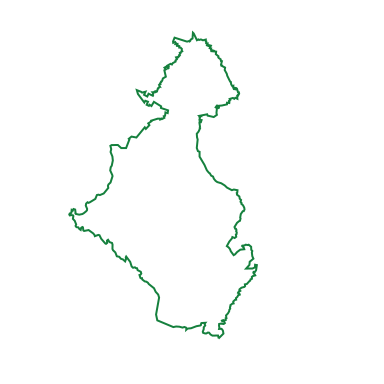 Ixhuatlán del Café, Veracruz, Mexico, rotated 229°
{"feature_id": "50627088B43225936965135", "entity_name": "Ixhuatlán del Café", "entity_type": "district", "adm_level": 2, "iso_a3": "MEX", "parent_name": "Mexico", "parent_adm1": "Veracruz", "projection": "orthographic", "projection_center": [-96.933, 19.027], "detail": "fine", "context": "isolated", "style": "outline", "palette": "green", "viewbox_px": 384, "rotation_deg": 229, "n_neighbors": 0, "source": "geoboundaries", "source_scale": "gbopen_adm2", "svg_char_len": 5982}
<svg xmlns="http://www.w3.org/2000/svg" viewBox="0 0 384 384"><g transform="rotate(229 192 192)"><path d="M311.6,297.2L307.5,293.1L307.9,291.0L307.2,289.8L307.2,289.0L307.8,289.0L308.6,287.2L309.1,286.7L319.9,280.1L318.0,276.4L316.9,275.7L316.2,277.7L314.8,277.4L314.6,276.9L314.3,277.5L313.8,277.2L313.2,278.2L312.3,277.5L312.7,276.9L312.2,276.5L310.5,278.1L309.4,277.1L308.5,278.1L306.6,278.2L305.8,277.2L304.6,277.0L305.0,274.2L304.2,274.2L303.8,272.1L303.1,272.3L302.7,269.7L303.0,268.9L303.6,269.2L304.1,268.3L302.1,267.7L302.1,265.8L301.2,265.2L301.9,261.9L301.4,260.5L302.8,259.9L303.5,256.6L302.0,256.7L301.9,256.3L300.9,255.7L301.0,254.9L303.5,254.9L303.9,252.8L301.7,252.7L302.0,251.0L296.2,247.9L296.8,244.5L295.6,242.6L295.2,241.0L295.5,240.9L294.7,238.7L294.2,238.8L294.4,237.4L292.6,236.9L292.9,236.7L292.2,234.6L292.6,234.2L290.8,231.5L291.2,230.2L292.0,230.5L292.4,229.7L292.2,228.9L293.2,227.6L291.7,227.5L291.2,225.9L290.5,226.0L290.3,225.6L294.7,223.7L293.4,220.9L296.8,219.6L298.2,222.7L299.8,219.5L300.8,219.4L305.1,217.2L301.4,215.5L290.8,214.7L291.5,216.6L289.0,218.0L287.6,215.0L285.3,216.0L285.7,217.2L283.5,217.8L285.0,222.4L276.9,224.9L275.8,223.7L269.3,227.5L267.5,225.4L269.5,224.2L267.2,221.7L267.7,220.4L266.1,219.8L266.7,217.3L267.3,217.4L267.6,215.5L268.4,215.9L269.8,214.3L272.6,208.0L272.0,207.8L272.5,204.0L270.4,203.7L269.9,198.6L271.8,198.8L269.6,185.8L273.5,182.7L273.6,179.2L272.7,179.2L268.4,171.1L271.6,167.4L276.1,166.9L280.1,162.2L280.4,160.7L277.4,159.2L275.6,156.8L271.0,155.2L267.7,152.9L264.5,148.7L264.0,146.9L261.9,144.4L256.9,142.9L256.0,142.3L252.6,136.7L252.5,133.9L251.8,132.6L250.0,131.5L248.8,124.4L250.1,120.5L251.4,119.6L252.1,118.2L250.2,114.5L251.3,108.0L251.7,106.8L252.8,106.4L252.7,104.5L251.4,102.9L248.1,101.8L247.2,100.9L246.9,99.7L247.0,96.4L247.3,94.8L248.9,92.0L251.7,89.9L252.6,90.1L252.7,90.5L255.4,92.3L256.9,91.4L256.2,89.7L257.4,89.4L255.4,87.2L256.0,85.6L255.5,84.6L254.5,84.4L253.5,86.1L252.3,86.9L251.7,86.7L249.9,84.5L247.2,84.6L243.5,83.3L242.8,81.9L241.9,81.7L240.9,82.0L239.9,83.0L238.0,82.7L236.4,83.1L237.7,84.9L237.5,86.3L236.9,86.5L234.3,84.8L233.4,85.0L231.1,89.0L225.5,90.3L223.5,90.2L222.4,89.7L221.1,93.1L220.1,93.8L216.3,92.8L210.1,92.8L209.3,93.1L209.2,94.5L211.1,96.0L211.0,97.3L208.3,96.9L206.0,98.2L204.4,97.5L201.2,94.6L199.8,94.2L196.7,94.5L192.8,93.1L190.8,94.6L188.4,94.5L186.3,95.7L183.5,96.0L184.6,98.1L186.2,99.2L186.5,100.0L179.8,99.5L175.4,97.6L173.5,97.8L172.6,99.5L171.4,99.7L170.5,100.5L168.7,99.7L165.4,101.0L163.7,100.2L163.4,98.9L163.8,97.9L161.0,96.7L160.1,97.0L159.8,97.7L158.5,97.1L155.5,97.7L154.3,98.7L152.5,99.2L150.9,99.0L144.3,100.2L140.5,99.1L136.8,99.2L133.9,97.9L123.1,84.5L117.9,81.6L102.3,89.3L100.9,91.8L98.6,94.1L95.9,95.9L95.1,97.7L93.6,98.5L92.7,98.3L91.8,97.3L91.8,99.1L89.8,101.9L87.8,107.3L85.8,110.7L85.7,111.3L86.9,112.9L86.8,113.3L84.5,116.3L84.2,115.0L82.6,114.4L82.2,112.1L80.9,111.0L79.4,108.4L78.4,108.0L76.6,109.1L75.8,110.1L75.5,111.8L74.6,112.6L72.3,112.5L70.2,113.2L66.6,117.5L64.9,116.6L64.7,117.0L64.1,116.9L64.5,122.8L66.9,124.3L68.6,124.6L69.5,124.4L70.9,122.6L71.9,123.9L73.3,124.6L74.6,125.9L73.8,127.3L71.6,129.3L71.5,130.8L74.0,131.3L74.5,130.0L75.3,130.2L74.8,131.6L73.9,132.0L73.2,133.4L74.6,134.6L74.2,135.2L76.5,136.7L76.8,139.5L77.6,141.8L78.6,142.9L78.9,144.3L80.2,145.1L80.6,146.1L81.4,146.7L81.3,149.0L80.6,150.3L82.0,150.9L82.3,151.5L82.4,153.7L81.8,154.7L83.1,155.6L83.1,157.4L83.8,159.2L83.2,160.7L83.8,161.0L85.7,160.5L86.0,161.1L85.7,163.5L86.9,163.3L87.4,164.1L87.3,166.6L86.0,169.3L86.1,170.3L87.6,171.3L86.6,173.0L87.1,177.1L86.9,177.7L87.7,178.9L87.2,180.3L88.7,181.5L88.6,182.8L87.6,185.0L88.9,185.3L90.0,185.1L91.0,185.5L91.3,186.1L90.4,187.0L90.9,189.0L94.3,193.0L95.7,191.9L93.8,190.1L94.6,187.4L98.7,182.6L99.3,187.5L101.5,189.8L101.4,194.6L104.0,195.4L107.1,197.5L107.9,198.8L109.5,198.8L111.9,200.7L115.0,200.2L115.2,199.5L117.1,197.8L117.2,196.6L118.5,194.8L118.4,194.4L115.9,194.5L114.5,193.9L116.8,190.6L117.1,186.6L116.7,183.6L117.0,182.0L121.8,182.4L124.0,183.2L126.1,183.3L128.3,182.8L130.1,187.6L130.8,191.8L131.5,192.9L129.3,194.0L129.2,196.0L131.1,197.2L131.0,198.0L132.2,199.3L133.5,199.6L134.1,200.6L135.4,201.0L136.0,200.5L137.7,201.1L139.2,205.8L139.1,208.5L138.8,209.3L140.2,211.3L141.0,211.5L143.3,214.3L144.2,217.7L143.6,218.5L144.3,220.1L145.8,221.1L148.5,221.8L150.7,221.5L151.2,222.2L152.8,222.2L153.8,223.8L155.6,223.6L157.5,224.8L160.5,224.2L161.1,224.9L161.9,225.1L162.0,225.9L163.5,227.5L166.4,225.2L167.2,223.3L172.3,221.3L175.5,221.0L179.4,219.8L182.9,217.6L184.9,217.1L187.7,217.2L189.8,218.0L191.8,217.2L194.5,217.7L195.2,217.4L197.2,217.4L198.8,217.5L204.3,219.2L213.7,220.9L217.4,224.1L219.0,223.3L222.1,224.5L227.9,230.7L230.0,231.7L232.8,233.8L233.3,236.6L234.8,239.9L235.2,239.8L236.2,241.0L239.4,243.0L239.9,243.7L239.1,243.9L238.8,244.4L240.0,246.4L241.7,245.1L243.2,247.2L243.6,246.8L244.3,247.1L243.8,247.8L244.6,247.6L240.7,254.4L239.4,253.9L234.3,257.6L233.9,261.4L235.6,262.3L238.9,265.8L240.4,265.4L240.9,267.5L240.6,267.8L238.0,267.2L237.9,267.6L239.4,268.9L237.6,271.4L235.2,275.9L236.4,277.0L234.7,278.5L235.5,279.4L236.0,279.2L236.5,279.6L236.4,281.3L237.5,281.5L237.3,282.0L236.1,284.6L234.6,285.0L234.7,286.5L232.6,287.4L235.0,289.2L235.2,290.5L234.7,290.4L235.3,292.1L236.5,292.8L237.2,292.2L240.0,293.5L240.3,292.9L241.3,293.6L242.5,292.7L241.3,292.0L242.2,291.1L244.0,291.7L245.1,292.9L245.6,291.9L247.5,292.2L249.6,293.5L250.1,293.2L252.2,293.7L256.7,294.9L258.4,295.8L262.6,296.7L264.2,298.6L268.0,297.1L268.1,297.6L269.1,297.5L271.1,300.4L271.9,299.8L273.4,300.7L275.7,300.1L276.4,300.2L277.1,301.0L280.4,300.4L282.1,302.3L285.6,299.0L285.9,299.3L285.5,300.4L286.8,299.6L287.4,299.9L287.8,300.6L288.9,299.8L290.0,302.3L291.5,301.3L290.9,300.5L292.9,299.5L293.9,301.3L295.0,300.3L296.2,301.5L296.6,301.2L298.0,302.4L299.3,299.8L301.3,298.8L302.1,297.1L303.0,296.9L303.3,295.3L310.5,297.3L311.6,297.2Z" fill="none" stroke="#15803d" stroke-width="2"/></g></svg>